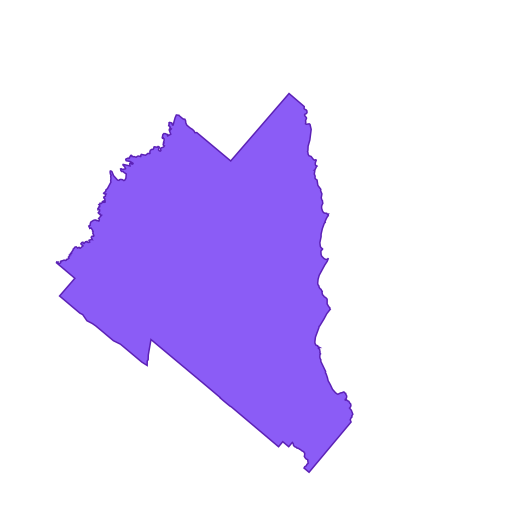 the district of Surf Coast, Victoria, Australia, rotated 302°
{"feature_id": "25037944B61768543919434", "entity_name": "Surf Coast", "entity_type": "district", "adm_level": 2, "iso_a3": "AUS", "parent_name": "Australia", "parent_adm1": "Victoria", "projection": "equal_earth", "projection_center": [144.106, -38.34], "detail": "fine", "context": "isolated", "style": "filled", "palette": "violet", "viewbox_px": 512, "rotation_deg": 302, "n_neighbors": 0, "source": "geoboundaries", "source_scale": "gbopen_adm2", "svg_char_len": 6048}
<svg xmlns="http://www.w3.org/2000/svg" viewBox="0 0 512 512"><g transform="rotate(302 256 256)"><path d="M165.6,424.6L167.0,422.7L169.2,422.4L170.4,422.7L171.2,421.9L173.1,422.0L175.7,418.6L176.6,415.9L178.3,416.1L179.4,415.8L180.7,414.7L180.9,413.6L182.0,411.6L181.7,410.3L182.1,408.7L181.3,408.5L181.2,407.9L181.7,407.7L182.0,408.0L183.4,407.9L184.6,407.6L185.5,406.9L186.3,405.4L187.0,404.9L186.9,404.0L187.3,402.9L187.0,402.2L185.8,401.5L184.6,400.2L182.1,398.7L182.0,397.5L182.2,395.8L183.5,391.5L186.2,387.3L188.4,383.3L190.7,381.0L193.3,377.8L193.6,376.9L195.0,376.2L200.9,366.9L202.5,365.8L202.9,364.9L204.0,363.7L206.4,362.4L207.2,362.6L207.8,361.4L208.5,361.2L210.6,359.3L210.8,357.8L211.7,357.7L212.1,358.3L212.0,356.3L212.6,355.8L212.1,354.3L213.1,352.4L214.2,351.5L218.7,349.4L228.7,347.3L229.8,346.8L230.4,347.1L238.9,347.0L244.5,346.6L250.2,347.2L250.4,346.5L251.2,346.1L251.6,344.5L253.1,341.7L257.1,339.2L257.7,337.1L257.6,335.4L258.2,334.2L258.4,332.9L260.3,331.2L261.2,330.9L261.2,330.3L262.2,328.8L262.2,327.9L262.8,326.3L264.0,325.1L264.6,323.6L265.7,322.7L269.1,321.0L273.2,319.8L284.6,319.1L289.2,319.2L292.5,318.6L290.8,318.1L290.0,316.8L289.9,314.9L290.7,311.7L291.9,310.3L294.3,308.6L295.4,308.4L296.7,308.9L297.3,308.7L297.6,306.6L298.2,305.5L301.1,303.1L306.8,301.0L309.1,299.6L314.6,297.7L319.9,296.6L321.3,296.9L321.7,296.3L325.1,295.8L327.8,295.7L328.5,296.0L329.2,295.3L329.9,295.2L329.2,294.4L329.7,293.3L328.8,291.7L328.6,290.3L329.3,288.7L331.3,286.3L333.3,285.1L336.3,284.7L336.9,283.9L338.0,283.2L338.6,281.9L339.9,280.5L343.6,279.0L345.6,276.2L346.9,275.6L348.7,271.0L352.8,267.5L352.9,265.6L353.3,264.8L355.1,263.8L356.4,262.0L359.7,260.6L360.0,260.3L359.9,260.1L360.4,260.3L364.2,259.9L364.6,260.1L364.7,259.8L364.4,259.6L364.4,258.6L365.3,257.6L366.5,256.9L369.2,256.3L369.3,255.7L368.3,254.8L368.3,253.5L369.6,250.0L369.1,247.9L369.8,246.4L371.7,244.8L371.8,244.4L373.2,244.0L376.7,242.0L382.9,240.2L392.6,235.7L396.2,232.1L396.3,231.1L394.4,228.9L394.4,227.9L395.8,227.4L397.0,226.3L399.7,225.8L400.1,225.3L400.6,223.5L401.4,222.4L402.3,222.4L403.2,223.1L404.1,223.3L404.8,223.2L406.1,222.2L406.5,221.2L406.3,220.2L406.4,218.7L408.3,217.7L411.3,197.9L323.2,184.2L329.3,140.4L328.2,138.9L329.3,136.9L329.7,134.9L329.7,132.2L330.3,128.0L331.7,125.9L333.4,124.6L334.3,123.2L333.9,122.2L333.7,122.2L333.6,121.4L334.3,116.3L334.5,116.1L333.4,113.7L330.5,114.1L323.1,116.3L322.9,116.2L322.9,115.7L324.2,114.0L323.5,111.9L322.9,111.6L321.8,112.4L320.2,112.9L320.3,113.7L319.9,114.8L319.6,115.2L319.2,115.0L318.7,115.4L318.9,115.7L318.9,116.8L317.5,116.5L317.8,115.4L317.6,115.3L316.8,115.7L314.1,119.2L311.0,117.5L311.1,117.1L312.1,117.1L312.3,116.9L311.9,115.7L311.7,114.2L311.0,113.0L309.6,112.7L306.6,113.8L306.3,114.3L307.0,114.7L306.6,115.3L306.6,116.0L305.2,116.9L303.5,117.3L303.2,118.0L302.5,117.7L302.1,118.2L301.1,118.3L300.8,119.0L300.8,120.0L299.5,119.9L297.1,118.1L296.2,118.3L295.2,119.4L294.4,119.4L294.1,119.1L294.0,117.9L294.3,117.1L295.3,116.6L296.6,116.6L297.2,115.9L297.0,114.9L295.9,114.6L294.8,112.0L294.3,111.7L293.2,112.2L291.9,112.2L291.2,111.1L289.7,110.4L288.3,110.7L286.8,111.7L286.5,111.6L285.8,110.0L282.9,108.9L281.4,104.9L280.2,104.9L279.7,105.4L279.2,105.5L278.4,103.2L277.9,102.7L276.2,102.0L275.8,100.1L275.2,99.4L275.1,98.7L274.7,98.2L275.3,97.5L275.3,96.8L274.8,96.4L273.9,96.7L272.8,96.4L271.9,96.8L271.3,96.5L271.2,95.6L269.3,94.3L268.6,94.5L268.0,95.5L269.5,99.2L269.5,102.3L269.3,102.7L268.6,102.7L268.2,102.2L268.4,100.4L268.0,99.9L267.2,100.0L265.6,101.4L263.3,94.8L262.9,94.8L262.5,95.3L262.1,97.3L260.9,99.1L260.4,98.8L259.2,97.5L258.6,96.6L258.6,95.4L258.1,95.0L256.8,96.1L256.5,97.5L257.3,98.5L256.9,99.8L256.8,102.5L252.9,104.5L250.6,104.5L249.9,103.9L250.0,102.3L249.3,100.7L248.5,99.9L247.5,99.7L247.0,98.4L248.7,92.6L251.2,89.1L251.2,87.8L250.9,87.4L250.0,87.7L248.3,89.1L247.8,90.3L246.8,90.4L244.7,92.0L242.7,92.9L241.8,93.8L234.4,94.3L232.5,93.7L231.2,94.3L228.5,93.5L228.3,94.1L229.0,96.0L228.1,95.9L226.9,96.6L225.3,95.7L225.0,96.2L224.6,96.2L224.5,97.3L221.9,99.5L221.5,99.2L221.4,98.1L221.9,97.6L220.9,97.0L220.6,98.1L220.1,97.3L218.5,96.9L218.2,95.8L216.8,96.1L216.8,95.7L216.3,95.5L216.1,96.6L215.0,97.3L214.3,96.7L213.9,97.0L212.5,96.7L211.8,97.2L212.4,97.4L212.2,98.9L211.6,98.9L211.5,99.3L210.9,99.2L210.7,99.7L209.0,99.3L208.5,101.4L208.8,101.2L209.0,101.6L208.5,102.7L208.7,103.4L204.4,102.7L204.3,103.4L203.8,103.9L202.5,104.3L202.2,104.0L202.2,103.0L201.6,102.2L201.7,101.2L201.3,100.9L201.3,100.4L200.0,99.2L197.1,97.9L195.1,98.5L194.2,99.1L192.8,98.3L192.1,99.2L192.0,100.0L191.3,100.4L192.3,101.4L191.2,103.9L190.5,104.2L190.5,104.8L188.5,105.8L188.4,106.4L187.2,107.8L186.6,107.8L186.0,106.5L184.6,106.3L183.2,108.4L183.0,107.6L182.2,107.3L181.1,106.1L180.7,106.1L179.7,107.6L178.9,107.1L178.4,106.0L178.8,104.9L178.1,104.7L177.8,103.9L175.5,103.5L175.4,102.9L176.0,101.9L175.2,101.2L173.6,101.0L173.1,101.9L173.2,103.5L172.9,103.9L169.5,102.9L169.3,102.5L169.6,101.7L169.6,101.3L168.2,100.6L168.5,98.7L167.8,97.9L167.1,97.6L166.1,97.7L164.9,97.3L164.2,97.7L161.5,97.6L160.6,98.1L160.0,97.3L159.3,97.5L158.9,98.1L158.0,97.2L157.0,98.0L155.8,97.5L155.2,97.9L155.1,98.5L153.3,97.9L152.7,97.1L151.8,97.3L151.3,96.9L150.8,95.4L148.8,93.9L148.6,93.4L147.6,93.1L147.4,93.3L147.6,93.6L146.8,93.9L145.6,93.4L145.2,92.6L145.3,91.7L146.0,91.3L145.6,90.9L145.5,90.2L145.2,90.2L144.8,90.6L144.5,90.5L141.1,114.2L118.0,110.6L114.2,137.0L114.5,140.0L111.5,146.9L112.0,152.9L111.8,157.1L108.6,180.0L109.4,187.8L105.5,215.6L105.5,221.7L109.3,219.4L110.9,219.5L115.0,217.1L129.5,211.2L119.8,281.2L117.0,300.7L116.7,300.7L115.9,305.9L114.9,313.5L115.0,315.0L106.2,376.2L112.7,377.1L111.6,384.8L117.1,385.6L116.7,386.8L115.2,388.3L114.8,389.8L115.1,391.7L114.8,392.4L115.4,394.1L115.2,395.3L115.4,396.2L115.1,397.9L115.3,400.2L114.6,401.4L114.6,401.8L112.8,402.8L111.7,403.1L110.9,404.6L110.4,406.3L110.7,407.7L107.8,410.1L106.3,409.6L104.8,409.8L103.1,409.0L101.6,409.1L100.7,415.6L165.6,424.6Z" fill="#8b5cf6" stroke="#5b21b6" stroke-width="1.5"/></g></svg>